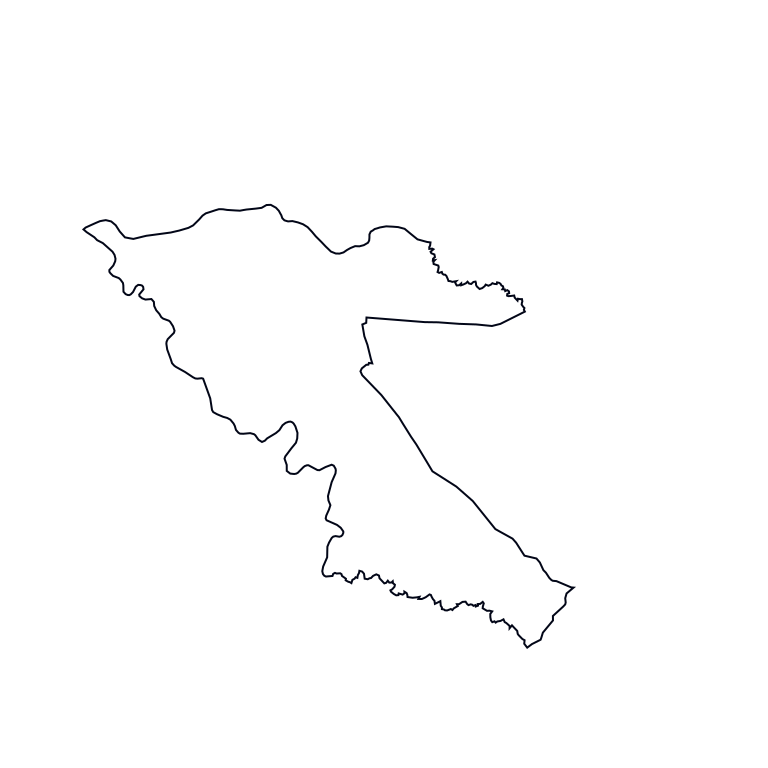 Itaqui, Rio Grande do Sul, Brazil (Natural Earth projection), rotated 55°
{"feature_id": "56859067B22729484732675", "entity_name": "Itaqui", "entity_type": "district", "adm_level": 2, "iso_a3": "BRA", "parent_name": "Brazil", "parent_adm1": "Rio Grande do Sul", "projection": "natural_earth1", "projection_center": [-56.113, -29.138], "detail": "fine", "context": "isolated", "style": "outline", "palette": "ink", "viewbox_px": 768, "rotation_deg": 55, "n_neighbors": 0, "source": "geoboundaries", "source_scale": "gbopen_adm2", "svg_char_len": 6023}
<svg xmlns="http://www.w3.org/2000/svg" viewBox="0 0 768 768"><g transform="rotate(55 384 384)"><path d="M511.7,536.3L510.4,534.5L510.6,532.5L512.0,531.6L514.0,528.4L515.4,527.9L517.1,528.5L520.2,527.4L521.7,526.9L522.8,528.0L525.5,526.7L526.8,525.6L528.4,524.9L526.3,522.2L526.6,519.8L526.0,518.1L527.5,517.0L525.6,515.1L524.5,512.9L522.9,511.3L525.1,509.5L527.9,509.2L532.4,511.5L534.6,509.3L534.8,507.4L535.5,505.9L534.9,503.0L535.5,499.5L538.0,498.0L540.6,499.1L547.5,498.1L548.1,496.3L547.3,493.7L549.7,493.6L550.9,491.8L550.6,490.0L552.3,490.9L554.7,490.2L556.1,491.7L556.9,495.1L556.7,497.1L558.2,497.4L561.6,496.4L564.1,495.2L565.2,493.3L564.0,492.1L567.2,489.5L567.2,487.3L565.8,486.4L568.2,485.4L570.0,485.8L572.0,486.9L575.5,483.2L577.7,479.3L578.7,477.0L579.8,479.1L581.8,476.4L582.3,473.9L582.6,472.0L582.5,467.4L583.7,466.6L585.5,467.0L588.3,467.3L590.5,467.0L593.3,468.4L593.7,466.0L594.2,462.4L598.2,464.7L600.2,464.7L601.6,465.7L603.0,464.3L604.3,463.9L605.7,462.2L606.7,458.3L608.4,457.6L607.8,455.5L608.2,450.9L606.2,450.6L607.4,448.8L607.5,444.7L609.1,442.0L611.9,442.1L613.6,441.6L614.2,439.4L615.5,438.3L617.0,438.0L617.6,435.7L618.9,436.4L619.5,434.1L618.1,433.3L619.3,431.3L619.1,428.1L620.9,428.1L623.0,430.7L624.3,431.8L626.3,430.9L628.9,429.7L630.2,427.6L632.3,425.8L633.3,428.8L636.1,430.7L639.1,432.0L641.2,431.9L641.8,429.6L643.5,429.4L643.5,427.4L644.9,424.5L645.3,421.1L648.3,421.7L649.9,420.9L652.4,420.3L654.3,419.9L656.1,421.2L655.1,417.6L657.4,417.3L662.7,416.5L665.4,417.8L666.8,417.8L672.3,416.9L674.5,415.8L677.2,418.1L682.1,417.9L681.9,412.0L683.3,402.4L682.4,401.1L681.4,399.8L678.8,396.5L674.6,381.2L670.9,378.7L669.1,364.9L668.5,362.0L667.2,360.5L663.4,358.4L660.3,354.6L659.5,345.5L658.0,347.3L644.4,355.8L642.0,358.6L640.6,359.3L637.7,359.8L631.4,359.6L627.9,360.2L619.6,358.7L614.4,359.2L605.2,367.4L601.8,367.3L594.6,367.0L589.9,366.8L584.4,367.4L571.5,373.7L566.7,376.0L530.8,378.4L509.5,383.6L483.3,394.4L475.1,393.8L452.0,392.2L442.7,392.1L427.4,391.3L419.6,390.8L415.5,391.1L413.1,391.2L410.5,391.4L391.6,392.5L364.3,396.8L360.1,396.0L358.5,393.2L358.1,387.5L359.2,385.7L358.1,384.3L360.4,381.8L355.8,380.3L342.4,375.1L333.6,372.7L322.8,367.6L323.7,363.5L319.5,360.2L356.7,315.1L364.5,304.3L377.7,288.1L388.1,274.3L398.4,262.3L401.5,254.2L404.6,233.3L405.5,227.1L403.5,226.9L402.3,225.4L400.5,225.7L397.9,225.7L396.7,224.6L395.7,223.3L393.6,222.3L392.5,223.9L391.0,225.4L392.3,226.8L388.2,227.4L386.2,226.6L384.6,229.7L383.4,231.7L382.2,232.5L380.9,231.3L381.4,229.4L379.8,228.5L377.8,229.2L377.4,231.4L375.8,230.8L374.3,232.7L373.6,231.0L372.2,230.5L370.6,231.3L368.9,231.1L367.3,231.6L365.6,233.1L366.8,234.4L365.3,236.2L363.6,237.4L363.9,239.5L363.4,242.1L360.9,243.7L361.6,245.3L361.8,248.5L361.0,251.2L357.4,252.0L355.7,251.8L354.1,250.8L352.6,250.3L351.7,252.2L352.1,255.2L350.5,256.7L348.1,256.9L348.5,259.0L348.0,261.9L347.4,264.1L345.9,263.1L346.2,265.8L345.0,267.9L343.6,267.8L341.5,267.5L341.2,265.9L339.5,269.5L337.9,270.6L336.6,272.1L334.4,271.5L331.3,270.9L329.6,271.2L328.5,272.5L327.0,272.9L325.4,272.4L324.6,275.1L323.0,275.9L321.9,274.5L319.6,272.1L318.1,271.6L314.2,274.5L312.2,273.5L311.7,271.3L310.8,273.1L309.5,271.9L309.3,269.5L306.8,268.4L304.1,270.2L302.4,270.0L302.0,266.2L300.8,266.8L299.3,269.4L297.8,268.4L297.1,266.9L294.7,264.7L292.4,267.2L289.9,269.3L284.7,273.6L276.3,276.0L268.7,278.1L263.6,282.4L260.3,286.4L256.1,291.8L253.4,297.6L252.6,300.2L251.7,302.8L251.8,304.9L251.6,307.5L253.1,310.1L255.9,312.1L258.0,313.9L259.1,316.1L258.7,320.9L257.1,325.2L254.5,328.6L253.4,333.5L253.0,337.5L253.0,341.7L251.7,345.6L249.4,348.7L245.1,351.5L241.4,352.2L237.9,352.9L231.8,353.8L230.1,354.1L223.9,355.2L218.0,355.7L211.7,356.6L206.7,358.7L202.3,361.8L198.0,365.6L195.8,369.3L194.6,370.3L192.8,371.7L189.9,372.2L188.1,371.7L186.8,371.3L185.3,371.2L181.8,370.8L177.6,371.4L172.3,374.0L170.0,377.6L169.5,383.2L166.8,388.4L162.2,396.6L160.9,399.3L159.4,402.6L156.5,406.3L151.4,412.7L148.4,415.8L146.1,419.0L144.9,422.6L143.7,426.6L142.0,432.1L142.0,436.1L143.2,441.0L144.6,449.4L143.9,454.7L140.8,463.9L139.6,466.8L137.6,471.8L128.6,489.2L126.3,493.6L125.1,496.6L121.4,506.1L118.9,508.6L115.3,512.1L107.5,513.0L100.1,512.7L94.4,514.2L90.2,517.9L88.9,520.6L87.7,523.3L86.8,527.5L85.8,532.7L84.7,538.7L85.0,541.5L89.0,540.5L97.7,537.1L101.6,536.5L107.3,533.5L119.9,530.5L123.7,530.7L127.4,532.1L129.3,533.8L131.7,537.8L133.1,543.6L134.6,544.6L136.4,544.6L140.1,543.9L145.1,540.5L147.2,540.0L151.5,539.9L153.6,540.9L159.0,544.5L162.2,544.1L164.1,542.9L165.1,541.6L165.3,540.0L164.7,536.8L161.9,531.5L161.8,528.5L163.4,526.6L164.7,525.7L166.3,525.6L168.5,526.7L170.3,533.2L171.8,533.9L175.1,533.0L178.0,531.0L181.0,525.8L184.7,525.4L188.3,527.5L193.0,528.3L197.7,527.8L201.5,528.1L203.8,527.4L208.8,523.9L210.4,523.5L215.7,523.7L220.2,525.0L221.6,526.7L223.2,535.4L224.7,537.9L226.2,539.2L231.4,541.8L241.2,544.4L245.4,545.7L248.7,545.3L250.7,544.6L260.0,540.1L268.9,536.6L271.2,535.4L272.6,533.8L274.7,530.0L275.9,529.1L296.1,534.6L306.7,539.8L309.1,540.0L313.0,538.1L318.6,534.6L321.9,531.9L325.1,530.3L330.1,529.9L332.9,530.3L336.7,531.6L340.4,531.2L342.0,530.5L344.0,527.9L347.5,521.8L350.5,519.3L352.1,518.8L357.7,518.8L361.5,517.2L362.1,514.1L361.5,510.9L362.2,500.7L361.8,496.2L359.6,490.8L359.4,486.9L360.2,483.9L361.2,482.1L363.0,481.0L364.6,480.7L367.9,480.9L374.4,482.9L378.8,486.3L381.6,489.8L383.6,496.9L386.7,506.4L388.1,508.3L389.5,508.7L394.5,510.1L399.4,513.5L403.6,512.2L406.2,509.2L407.1,507.3L407.3,505.5L405.9,497.8L405.8,496.0L406.4,493.7L407.2,492.5L416.3,487.9L417.6,486.3L418.5,479.5L420.1,473.2L422.1,472.0L425.6,472.3L427.1,473.0L429.4,475.0L434.4,483.2L443.7,494.2L447.5,496.3L452.5,497.4L455.3,501.1L458.7,506.8L460.7,508.9L462.7,509.2L472.5,503.3L477.0,501.9L481.4,501.9L482.6,502.7L483.8,504.6L484.1,506.3L483.5,508.2L480.8,510.9L479.9,513.1L480.1,515.1L482.4,520.0L484.8,523.7L493.4,530.0L498.6,538.5L501.9,541.9L504.6,543.0L506.8,542.9L508.4,542.0L511.7,536.3Z" fill="none" stroke="#020617" stroke-width="2"/></g></svg>